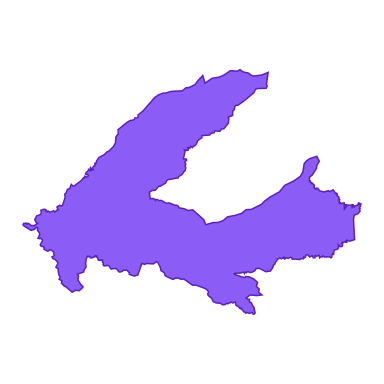 Totutla, Veracruz, Mexico (Robinson projection)
{"feature_id": "50627088B19738638241158", "entity_name": "Totutla", "entity_type": "district", "adm_level": 2, "iso_a3": "MEX", "parent_name": "Mexico", "parent_adm1": "Veracruz", "projection": "robinson", "projection_center": [-96.892, 19.232], "detail": "fine", "context": "isolated", "style": "filled", "palette": "violet", "viewbox_px": 384, "rotation_deg": 0, "n_neighbors": 0, "source": "geoboundaries", "source_scale": "gbopen_adm2", "svg_char_len": 5972}
<svg xmlns="http://www.w3.org/2000/svg" viewBox="0 0 384 384"><path d="M319.3,161.3L316.8,156.3L309.4,158.8L306.2,161.2L304.2,163.6L302.9,171.8L300.4,176.3L294.0,180.8L284.7,185.4L279.5,191.8L270.8,196.6L264.9,200.8L261.7,204.2L251.3,209.4L246.2,209.6L241.3,213.5L235.6,215.3L227.6,216.8L222.9,220.8L217.2,222.6L213.3,222.5L205.8,224.7L203.9,219.8L192.7,209.8L188.2,210.5L184.4,208.8L179.0,207.8L178.3,206.2L176.7,205.2L175.2,205.3L169.1,202.9L166.3,203.3L161.2,200.3L159.6,200.7L157.2,199.6L155.7,199.7L155.3,200.3L154.9,199.3L153.2,198.5L150.2,198.6L149.4,192.2L152.1,190.5L155.3,190.3L158.6,186.3L160.1,186.3L165.7,183.0L166.6,180.8L167.8,179.7L178.2,177.9L178.7,176.5L182.2,174.4L183.9,171.7L185.1,170.7L185.8,167.7L185.0,166.0L185.8,164.3L184.6,161.8L186.7,160.3L186.3,159.1L183.4,158.8L185.0,151.7L184.3,149.7L186.7,150.5L188.2,150.1L188.3,148.8L187.7,147.7L188.8,147.5L189.8,148.3L190.8,146.3L192.5,147.6L193.3,146.2L194.6,146.0L196.5,143.9L197.7,140.6L201.9,137.7L201.9,135.6L209.7,135.0L211.0,133.3L214.1,132.8L214.8,130.8L219.8,131.3L221.4,129.0L223.8,128.8L228.3,123.3L228.9,119.0L228.3,117.2L232.6,115.5L232.7,111.1L234.3,109.7L234.9,106.5L235.8,105.2L237.9,105.3L244.9,100.2L254.1,92.5L255.4,89.4L257.6,88.5L266.2,88.3L267.2,86.2L266.5,84.2L268.1,72.4L261.5,75.1L253.5,76.0L251.7,75.5L248.2,73.0L243.3,72.0L240.0,69.7L237.4,71.2L230.5,70.6L223.2,75.5L218.8,77.2L212.1,78.3L205.0,83.1L202.8,75.5L197.9,80.7L195.1,84.6L188.7,87.7L186.1,87.7L182.2,90.8L171.2,91.4L165.2,93.2L163.4,93.0L158.8,94.7L154.8,97.4L143.1,110.9L138.1,114.9L138.0,117.2L137.0,118.0L134.9,117.9L134.4,119.3L133.2,120.0L130.0,120.6L126.8,122.5L118.0,129.7L118.3,133.8L115.9,136.9L115.5,142.9L113.6,146.3L108.8,151.3L107.2,151.7L104.1,154.7L99.0,157.4L96.5,161.0L96.1,163.3L94.9,163.3L95.0,165.7L93.5,166.2L92.8,167.6L93.1,169.9L92.2,170.0L90.6,167.5L90.2,168.3L90.9,170.3L90.4,170.8L88.5,169.4L88.0,170.9L85.5,173.3L85.6,174.1L86.5,174.7L87.6,174.5L88.3,175.4L87.8,176.6L86.8,177.1L84.9,176.2L84.5,178.0L83.6,177.6L81.4,180.5L74.2,185.9L73.0,186.1L71.3,184.4L69.8,188.4L67.5,189.4L65.9,193.2L64.8,194.0L65.1,197.3L62.6,205.2L61.2,206.1L60.0,205.2L57.2,206.6L57.0,207.4L58.2,209.8L57.2,209.9L54.8,212.1L53.7,210.7L50.2,212.2L48.2,211.1L47.4,211.8L46.2,210.2L45.9,210.7L45.3,209.5L43.8,209.2L40.9,210.3L41.3,212.5L40.6,214.5L36.7,215.9L34.7,219.7L36.6,223.1L37.6,223.3L34.1,225.7L31.0,225.4L28.6,223.5L26.6,224.2L26.7,223.2L23.7,223.4L23.0,224.9L24.1,226.1L31.1,230.4L34.6,229.3L36.1,227.4L37.6,227.9L37.4,230.2L39.3,232.8L39.7,234.5L38.0,238.3L39.7,238.7L40.3,238.1L42.4,239.7L42.4,240.9L40.2,244.8L41.0,246.1L43.8,246.9L44.1,249.4L47.9,251.3L50.0,249.6L52.8,251.2L53.7,252.7L54.2,255.7L52.0,256.9L52.8,258.6L55.2,259.4L57.7,262.4L57.7,264.0L55.9,267.0L56.8,268.0L58.1,268.3L58.4,269.5L58.1,270.1L58.8,274.6L60.1,277.1L59.1,279.4L61.8,280.7L61.5,283.3L64.4,286.2L66.3,287.1L72.1,292.2L75.5,290.3L79.3,290.7L82.9,287.4L82.9,286.4L80.8,284.5L77.9,279.8L78.6,276.2L77.4,274.2L83.7,272.0L84.5,269.1L86.1,267.1L85.6,263.1L86.3,259.0L87.5,256.2L88.9,256.8L89.7,256.2L90.4,257.8L91.7,258.0L92.0,257.4L93.7,257.4L95.1,255.7L96.6,255.9L96.1,256.9L97.6,257.4L98.2,260.0L99.2,260.4L102.6,260.0L102.4,262.1L103.4,263.3L103.1,264.7L104.0,265.9L108.7,265.5L111.0,269.1L114.7,268.5L116.8,268.9L118.6,271.6L119.9,272.1L122.3,271.3L123.6,270.1L127.0,270.3L129.4,272.8L129.2,274.3L134.3,276.1L137.8,275.0L141.9,263.4L144.7,264.4L146.5,263.5L153.3,263.9L156.6,261.7L157.9,262.5L160.3,267.4L161.0,270.7L164.3,272.7L165.0,275.5L165.9,276.1L172.3,279.2L174.0,279.1L174.7,278.3L177.8,278.0L181.1,279.3L183.8,279.0L192.5,285.2L196.2,285.2L205.7,288.7L208.1,291.0L208.5,292.3L207.7,293.8L208.1,295.4L211.6,298.3L213.2,301.6L216.5,303.0L220.3,303.2L222.4,304.8L225.4,304.5L226.5,303.2L227.8,303.8L231.2,302.1L232.7,303.0L235.2,302.0L236.1,305.4L238.2,306.4L239.9,308.4L241.4,308.1L241.2,309.2L242.7,310.0L243.7,311.8L244.8,312.0L245.7,313.2L247.0,312.5L249.3,313.4L252.1,312.4L253.0,314.1L253.8,314.3L255.1,313.0L254.0,307.3L252.8,306.0L251.5,303.0L249.3,301.5L249.6,299.3L247.8,299.2L246.1,298.0L250.0,295.0L257.1,295.6L261.9,294.9L258.5,292.1L259.2,289.0L256.4,286.4L257.5,283.0L257.3,282.1L253.9,279.1L249.1,276.8L245.8,276.5L245.3,277.3L242.7,277.1L234.4,274.4L234.6,273.4L240.9,273.0L242.4,272.3L244.1,272.5L244.4,273.4L245.0,272.0L246.2,272.8L247.7,271.6L250.4,272.6L253.5,271.6L255.0,270.5L256.0,268.7L257.4,268.4L259.4,268.4L265.9,271.7L270.3,271.1L272.8,267.6L273.5,265.1L274.7,264.3L275.5,262.2L277.6,259.3L279.8,258.0L281.3,258.8L282.5,257.9L283.1,258.4L284.1,257.1L284.6,257.3L284.7,258.9L286.8,257.7L288.2,258.5L290.1,257.3L291.5,257.6L292.3,259.3L295.3,259.0L299.5,259.6L301.7,258.5L303.2,258.8L303.7,257.2L304.3,257.9L304.8,257.7L305.6,256.9L305.7,255.2L306.5,254.8L308.1,255.1L309.8,257.0L312.1,255.7L313.3,257.8L314.3,257.9L314.9,257.7L315.2,255.6L316.5,256.3L319.0,255.2L319.7,257.9L321.1,256.8L322.3,256.9L322.9,255.9L324.3,257.0L329.8,256.9L331.1,257.9L331.8,257.3L332.0,255.0L332.8,253.7L333.6,254.3L334.2,250.0L337.5,249.3L338.5,248.0L338.4,244.9L340.4,246.7L341.7,246.6L342.4,246.1L342.7,243.5L341.9,243.2L342.7,242.2L345.0,242.0L345.9,241.1L345.9,242.2L346.8,242.3L347.1,240.2L349.6,241.2L354.6,239.6L353.5,219.2L354.2,215.2L358.1,213.7L360.1,211.1L359.5,209.8L360.1,208.7L359.4,208.1L360.5,206.2L360.3,204.4L361.0,204.0L358.6,202.8L358.1,204.1L358.8,204.7L354.9,206.0L354.4,206.9L353.3,204.8L352.4,204.7L352.6,207.4L352.1,207.6L352.0,205.6L351.3,205.1L347.8,205.2L345.8,204.5L345.2,204.8L346.3,206.7L344.4,209.1L344.2,202.9L340.2,203.6L340.3,202.6L339.1,202.6L339.6,199.7L338.7,199.8L339.1,198.1L338.6,197.8L338.7,196.7L337.1,195.8L337.4,194.2L336.6,193.2L335.7,193.6L333.1,189.8L329.6,191.6L328.3,190.6L324.2,192.0L319.7,190.9L317.8,188.3L316.1,188.2L315.9,189.1L314.5,188.5L314.1,187.4L314.4,185.2L312.5,183.5L311.5,183.6L311.7,182.6L310.3,182.3L310.4,181.0L309.3,180.8L309.6,177.1L312.3,175.0L316.5,168.3L316.9,165.3L319.3,161.3Z" fill="#8b5cf6" stroke="#5b21b6" stroke-width="1.5"/></svg>